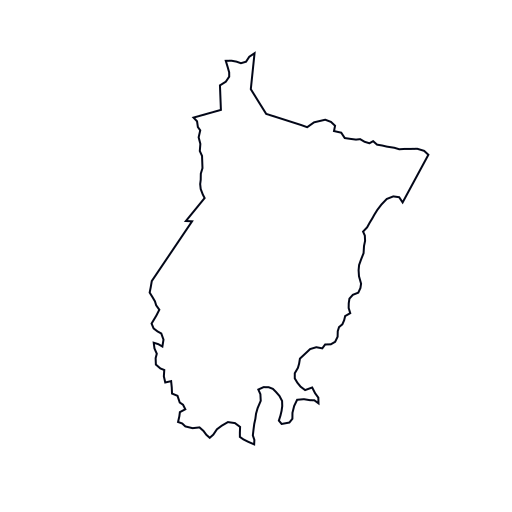 outline of Xaxim, Santa Catarina, Brazil, rotated 34°
{"feature_id": "56859067B50522823079629", "entity_name": "Xaxim", "entity_type": "district", "adm_level": 2, "iso_a3": "BRA", "parent_name": "Brazil", "parent_adm1": "Santa Catarina", "projection": "orthographic", "projection_center": [-52.514, -26.975], "detail": "fine", "context": "isolated", "style": "outline", "palette": "ink", "viewbox_px": 512, "rotation_deg": 34, "n_neighbors": 0, "source": "geoboundaries", "source_scale": "gbopen_adm2", "svg_char_len": 2491}
<svg xmlns="http://www.w3.org/2000/svg" viewBox="0 0 512 512"><g transform="rotate(34 256 256)"><path d="M367.4,287.4L369.6,282.9L368.8,277.3L365.8,272.6L364.6,268.5L365.8,264.3L365.0,260.0L363.5,255.9L366.1,250.7L361.9,247.3L359.3,243.3L357.3,239.1L358.0,234.0L361.3,229.2L360.5,224.2L358.6,220.2L352.7,215.2L349.0,210.4L346.5,205.8L345.0,199.9L343.6,193.5L339.9,187.2L338.0,182.5L334.8,178.2L331.1,175.9L332.1,170.1L331.6,164.6L331.4,159.9L331.0,155.4L330.8,149.8L331.2,143.2L332.5,135.6L336.5,129.8L341.8,127.2L347.6,129.6L342.3,75.7L336.6,74.8L329.8,76.9L324.4,80.7L319.1,84.3L315.1,87.4L310.2,88.9L303.2,92.2L298.9,93.8L294.1,96.0L288.9,95.3L287.0,99.1L282.1,100.6L277.0,100.9L273.8,103.6L269.0,106.0L263.6,108.6L257.7,106.1L250.8,108.8L248.7,103.8L243.2,102.9L237.2,104.3L229.4,112.7L226.4,120.6L220.1,122.2L207.1,126.0L198.5,128.5L185.0,132.5L173.3,127.3L158.4,120.6L141.4,88.7L139.0,94.6L139.1,100.5L135.7,104.6L131.1,105.8L126.5,107.8L121.8,111.1L127.1,115.4L131.1,118.8L133.5,122.3L133.5,128.4L130.7,134.7L145.2,154.5L126.8,176.2L131.8,177.3L135.7,181.6L139.5,183.0L142.1,189.7L147.2,194.2L150.7,200.4L155.3,203.2L159.3,208.7L162.5,213.1L164.2,218.6L167.6,223.8L169.5,227.6L172.7,231.4L177.4,234.7L181.0,236.7L178.3,266.2L183.6,263.0L183.6,335.0L186.2,340.8L188.3,345.8L193.0,347.9L197.6,350.1L200.8,352.7L205.9,354.6L206.7,361.1L207.2,370.4L211.6,373.3L216.5,373.6L220.8,373.2L226.1,377.1L229.0,383.4L224.4,383.7L219.7,385.1L223.5,389.4L228.4,392.5L229.9,396.8L233.7,402.0L239.6,402.7L243.7,401.8L246.9,407.3L251.5,411.6L255.6,407.2L259.6,412.0L263.3,417.0L269.1,415.8L274.7,420.1L278.7,420.1L283.1,422.6L280.2,428.0L282.1,431.8L284.2,437.2L288.5,436.1L292.7,436.8L299.7,434.2L305.0,429.7L310.3,430.4L314.8,432.0L319.3,432.6L320.5,428.0L320.5,421.5L322.5,415.8L325.6,409.4L332.0,406.3L338.4,406.6L341.3,411.3L343.8,415.0L348.0,415.1L353.4,414.4L359.8,413.2L357.5,409.4L353.7,406.5L351.1,401.5L348.4,396.1L346.5,391.3L344.2,386.7L342.4,381.2L340.9,373.4L336.9,368.1L332.6,365.4L335.6,360.5L339.9,357.7L344.3,356.7L348.4,357.5L353.7,358.9L358.7,361.6L361.7,365.8L363.8,370.1L365.5,374.6L367.0,379.7L371.2,380.9L376.8,375.4L377.2,370.6L373.9,365.6L371.5,359.0L370.5,352.2L375.8,347.9L381.5,345.3L385.0,343.0L390.2,343.2L386.9,338.6L381.7,336.7L376.1,333.6L371.7,339.7L366.0,339.4L361.1,337.9L356.6,335.8L353.7,331.5L353.3,325.3L352.0,321.3L349.8,316.5L351.3,310.0L352.9,302.9L357.0,297.9L362.6,295.5L362.8,290.7L367.4,287.4Z" fill="none" stroke="#020617" stroke-width="2"/></g></svg>